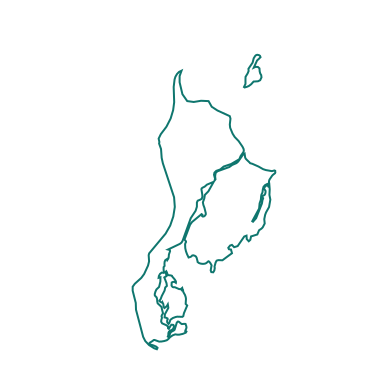 outline of Nordjylland, rotated 304°
{"feature_id": "DNK-3418", "entity_name": "Nordjylland", "entity_type": "Region", "adm_level": 1, "iso_a3": "DNK", "parent_name": "Denmark", "parent_adm1": "", "projection": "natural_earth1", "projection_center": [9.42, 57.153], "detail": "fine", "context": "isolated", "style": "outline", "palette": "teal", "viewbox_px": 384, "rotation_deg": 304, "n_neighbors": 0, "source": "natural_earth", "source_scale": "10m", "svg_char_len": 5498}
<svg xmlns="http://www.w3.org/2000/svg" viewBox="0 0 384 384"><g transform="rotate(304 192 192)"><path d="M152.4,255.4L150.3,252.0L149.3,251.1L148.8,250.8L146.8,251.0L142.7,252.4L141.7,253.4L139.4,254.4L137.3,254.5L136.4,252.8L137.5,251.3L142.2,249.2L143.3,247.0L143.9,245.2L143.7,244.3L141.1,243.6L140.1,243.0L139.2,242.1L138.5,241.2L138.0,240.3L137.4,239.0L137.0,237.4L137.1,235.8L137.6,235.4L140.0,232.7L140.3,232.1L140.7,231.4L140.7,229.9L140.2,228.4L139.5,227.7L138.3,227.5L137.4,227.1L135.8,225.8L137.7,222.6L139.6,220.0L141.7,217.8L144.8,215.5L145.6,215.2L146.3,215.1L147.2,215.0L147.7,214.6L148.3,212.7L148.6,212.3L163.8,208.7L167.1,208.8L179.0,212.3L179.0,213.3L177.7,213.9L177.7,214.7L178.4,215.5L179.8,216.0L181.2,215.9L182.2,215.2L185.9,211.1L187.6,208.7L189.5,206.8L193.5,205.8L196.8,204.3L201.7,205.2L212.6,204.3L206.5,200.3L203.5,199.5L201.4,198.3L200.3,198.0L199.5,198.3L195.9,201.7L194.0,203.2L191.8,203.9L189.9,202.9L188.0,201.6L186.1,201.9L182.5,204.3L178.4,205.5L169.6,205.6L146.2,211.5L144.2,211.6L142.3,211.0L130.9,204.3L131.5,206.0L130.7,206.9L127.3,207.8L124.8,209.2L123.5,209.6L121.8,209.6L122.5,208.8L120.6,208.0L118.9,208.3L117.1,209.3L115.4,210.6L113.8,210.5L111.7,211.9L109.9,213.5L109.1,213.7L108.3,212.0L106.3,211.3L103.9,211.5L102.2,212.3L103.7,213.5L100.0,215.9L94.9,217.8L91.3,217.0L88.9,217.4L86.5,218.2L85.4,219.1L84.8,221.7L83.4,223.2L81.8,224.4L80.5,225.8L79.9,229.6L79.8,229.9L79.6,231.0L79.1,231.7L78.4,232.2L75.2,235.8L72.9,235.9L71.8,236.3L71.3,237.1L70.5,237.6L68.8,238.1L67.2,239.0L66.4,240.7L67.2,245.1L67.1,247.2L65.6,248.4L65.6,249.3L69.7,249.0L70.6,249.3L71.4,250.9L70.7,252.0L69.4,252.6L68.1,252.8L66.9,252.6L64.5,251.3L63.2,251.0L61.9,251.3L59.9,252.5L58.6,252.8L58.6,253.8L63.5,252.8L64.9,253.2L67.1,254.4L68.1,254.6L75.3,252.4L76.8,252.8L77.1,253.8L76.8,256.3L76.8,257.4L78.3,259.2L79.0,260.4L77.5,262.4L76.4,263.3L75.0,263.7L73.6,263.9L72.7,264.3L72.7,264.8L74.0,265.4L71.9,265.5L69.1,263.6L66.6,261.2L65.5,259.6L64.6,257.7L62.3,256.1L59.5,255.0L56.8,254.6L55.0,254.0L52.9,252.3L50.9,250.2L49.6,248.4L48.4,243.7L47.8,243.0L46.4,242.6L43.5,241.3L41.8,241.2L43.3,246.0L43.8,248.9L43.5,250.6L42.0,250.8L41.3,248.1L41.1,242.0L42.3,236.6L44.6,232.5L63.1,211.4L68.6,207.4L77.0,198.0L80.3,195.8L83.9,195.9L92.4,198.0L97.2,198.2L106.4,196.7L110.5,195.2L115.4,191.4L117.2,190.8L142.7,193.4L152.0,192.7L161.2,190.2L170.0,186.1L177.6,180.1L199.5,151.8L203.3,147.8L210.3,142.3L213.8,137.6L215.2,137.0L217.6,134.5L222.5,133.8L231.9,134.3L241.0,133.2L249.3,130.6L256.5,127.0L268.8,118.1L275.6,114.6L278.3,113.8L281.4,113.6L284.3,114.1L286.7,115.5L281.2,116.9L276.0,120.4L267.7,129.4L264.7,137.2L267.6,143.1L272.7,148.5L276.6,154.9L273.7,160.7L273.8,167.5L276.0,180.9L274.3,182.9L269.1,185.6L266.6,187.7L263.1,193.0L261.5,196.6L260.3,202.2L257.8,208.5L256.6,210.6L255.7,211.5L254.9,212.0L253.8,212.3L249.0,212.2L247.5,212.5L245.7,212.9L237.1,208.8L230.8,204.0L226.5,202.8L223.1,200.3L220.6,199.8L218.6,200.6L215.7,203.9L213.7,204.3L215.6,204.4L217.8,202.5L219.5,201.6L221.4,200.9L223.5,201.6L233.6,209.0L236.9,210.2L240.8,212.7L243.1,213.3L251.3,213.4L253.2,214.2L250.4,216.7L249.7,217.8L249.3,219.5L248.7,223.1L248.4,224.1L249.1,226.2L250.3,232.9L250.7,238.2L251.5,241.0L254.0,246.6L254.9,247.4L255.9,248.2L256.1,249.1L254.7,250.2L253.9,250.3L251.5,249.5L250.2,249.3L245.6,249.3L244.0,249.8L242.2,251.0L240.4,249.7L238.5,248.7L236.3,248.4L233.7,249.3L231.4,250.5L230.5,250.8L228.8,251.0L227.3,251.6L224.1,253.4L220.4,254.4L215.8,256.9L201.5,258.3L201.5,259.2L206.1,259.8L221.5,256.4L224.9,254.9L226.4,254.6L226.7,254.4L226.8,253.7L227.0,253.1L227.8,252.8L228.6,253.0L230.0,253.7L230.6,253.8L231.7,253.6L232.9,253.1L234.0,252.4L234.4,251.5L235.1,249.7L236.7,249.5L240.1,250.2L239.8,250.7L239.3,252.0L241.1,252.2L237.7,254.9L232.9,257.8L229.5,261.2L222.6,264.3L216.5,264.8L214.0,265.4L209.9,267.1L206.5,269.9L202.2,270.4L200.5,270.1L197.8,269.0L193.3,269.9L188.2,265.8L184.9,267.1L182.9,266.6L183.6,263.7L186.3,261.6L184.3,260.2L172.7,260.1L169.8,257.8L170.5,254.7L168.9,253.5L166.0,253.3L165.2,254.6L166.1,256.5L163.6,259.4L159.8,258.0L152.4,255.4ZM101.3,245.6L100.0,246.8L95.7,249.3L95.2,251.5L87.0,253.1L84.2,254.2L83.1,253.8L80.4,249.5L79.3,248.4L76.8,246.6L74.4,245.7L73.7,245.6L70.6,246.5L69.5,246.3L69.9,244.8L70.3,244.1L71.1,243.6L72.0,243.1L73.0,243.0L73.5,242.4L73.3,241.1L72.9,239.9L72.7,239.4L75.5,237.9L82.7,237.2L85.3,234.8L84.0,234.9L82.8,234.8L81.6,234.5L80.4,234.0L81.0,232.8L83.1,230.8L83.9,229.4L83.6,229.5L83.4,228.5L83.3,226.3L83.6,225.8L84.4,225.8L85.3,225.9L86.0,225.8L88.9,225.1L94.9,224.4L97.9,223.2L100.1,223.7L102.2,221.8L105.7,216.8L108.0,217.9L109.5,216.4L110.6,214.7L111.9,215.0L111.3,216.1L110.1,217.7L109.8,218.7L110.0,219.2L111.0,221.1L111.3,222.2L111.0,222.5L109.8,226.7L109.0,228.4L108.5,229.0L107.7,229.4L107.7,227.9L107.2,226.9L106.4,226.2L105.6,225.8L103.2,227.2L102.8,227.7L102.4,229.1L102.7,230.0L103.2,230.6L103.5,231.2L104.3,235.6L105.2,237.0L107.0,237.5L106.3,238.2L105.7,238.5L105.0,238.5L104.1,238.5L104.9,238.9L105.6,239.4L104.2,240.8L102.7,243.8L101.3,245.6ZM337.3,168.4L340.1,168.3L341.3,168.6L342.2,169.3L342.9,170.9L342.9,172.2L342.1,173.4L339.9,173.0L337.4,172.4L329.6,173.7L331.3,174.7L332.5,176.7L332.2,178.8L329.8,180.7L328.4,182.3L327.6,184.0L325.9,185.5L322.8,186.0L320.7,184.8L318.0,181.3L314.4,180.8L311.6,179.8L309.8,178.6L308.1,177.2L308.1,176.4L311.5,175.9L314.9,173.6L317.4,172.0L321.5,171.8L323.9,171.3L325.7,169.9L333.2,169.9L337.3,168.4Z" fill="none" stroke="#0f766e" stroke-width="2"/></g></svg>